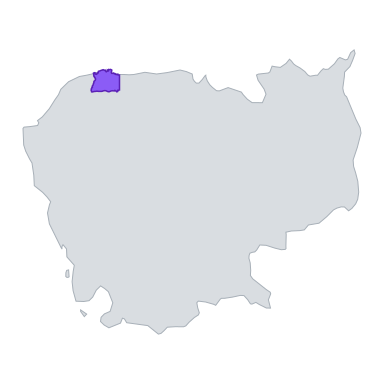 Samraong, Otdar Mean Chey, Cambodia (highlighted)
{"feature_id": "14789045B40170771357914", "entity_name": "Samraong", "entity_type": "district", "adm_level": 2, "iso_a3": "KHM", "parent_name": "Cambodia", "parent_adm1": "Otdar Mean Chey", "projection": "orthographic", "projection_center": [103.581, 14.269], "detail": "fine", "context": "in_parent", "style": "filled", "palette": "violet", "viewbox_px": 384, "rotation_deg": 0, "n_neighbors": 0, "source": "geoboundaries", "source_scale": "gbopen_adm2", "svg_char_len": 5991}
<svg xmlns="http://www.w3.org/2000/svg" viewBox="0 0 384 384"><path d="M354.1,49.9L355.1,53.5L352.6,60.4L349.9,66.6L344.6,72.1L344.4,76.2L342.8,88.1L343.5,91.9L344.8,95.1L346.6,96.8L351.4,108.4L355.8,119.0L360.1,127.6L361.0,133.1L357.4,147.1L353.1,160.0L353.6,166.4L355.6,172.8L357.8,181.3L358.7,192.2L357.7,199.3L355.7,203.8L351.9,208.4L348.6,210.8L344.5,207.0L341.2,206.9L336.9,208.1L333.5,209.9L326.7,216.7L319.0,223.2L308.4,225.0L304.3,229.9L299.9,230.6L291.4,231.0L285.9,232.2L286.2,234.6L285.9,246.0L286.0,248.6L285.2,249.4L281.3,249.7L274.8,248.1L266.1,245.3L259.8,245.0L256.7,250.0L254.8,251.9L252.4,252.3L249.9,253.2L249.1,255.4L248.9,258.2L250.2,262.9L250.7,270.4L250.4,275.5L252.7,278.8L266.2,289.5L270.2,292.2L270.7,293.8L268.4,299.8L270.5,308.1L266.3,308.0L259.3,304.5L255.9,302.4L251.9,304.1L250.4,303.8L247.7,299.7L244.0,295.6L240.3,295.4L232.5,297.1L224.6,298.3L221.5,298.3L220.3,299.1L215.7,305.3L213.7,304.3L205.6,302.0L198.3,301.1L196.8,302.7L197.7,307.8L199.3,312.8L198.4,314.9L194.4,317.5L189.1,322.2L185.8,325.9L183.5,326.8L175.4,326.7L167.3,327.2L164.0,330.7L161.0,333.4L158.4,334.1L147.8,325.6L126.7,322.7L124.4,318.9L122.4,318.2L120.5,323.1L108.9,327.8L104.1,325.0L100.5,321.5L101.1,317.3L104.4,313.9L110.1,311.4L112.8,302.8L108.4,291.7L104.6,288.5L100.6,285.9L96.3,290.1L92.7,297.1L89.0,300.7L83.7,301.5L76.0,301.2L73.1,290.7L72.1,281.7L73.2,271.4L74.3,265.3L66.9,256.9L66.5,248.9L63.0,244.7L61.9,246.8L62.0,249.1L61.0,247.4L49.4,223.9L47.5,213.0L49.5,204.6L50.7,201.8L47.3,197.3L42.6,192.3L34.3,185.7L33.8,175.3L32.0,163.0L29.5,158.8L25.7,151.2L23.7,145.0L23.0,128.4L24.1,127.1L30.0,126.6L37.6,125.5L38.8,122.8L37.5,120.6L42.3,116.9L49.3,108.7L54.7,100.1L58.5,94.7L60.8,89.3L68.6,81.7L79.4,76.5L86.6,75.2L94.2,73.5L101.5,70.9L104.9,70.7L113.9,73.7L118.8,74.5L123.9,74.5L129.2,74.8L133.9,74.5L144.9,72.3L156.6,74.0L167.1,72.6L180.0,70.0L186.4,71.6L192.2,74.0L193.0,79.1L194.4,81.3L196.3,83.1L198.9,83.1L202.2,79.6L204.9,75.9L205.8,75.2L205.9,77.0L207.3,80.9L209.8,84.8L212.3,87.3L216.5,90.7L219.3,90.9L228.1,87.6L241.4,92.1L243.0,94.5L247.3,99.2L252.0,102.6L262.4,102.7L266.0,94.2L264.1,89.1L258.1,80.3L256.5,75.0L258.3,74.1L268.3,73.0L269.9,71.9L272.1,66.1L274.8,66.7L280.3,67.4L286.1,63.4L289.5,59.2L291.4,61.0L293.6,63.9L295.8,65.6L300.1,68.0L304.8,71.5L307.7,74.9L310.0,76.2L315.9,75.2L317.5,75.3L320.9,71.0L323.3,68.7L325.3,69.4L328.3,69.2L334.4,63.8L337.9,58.9L339.8,57.5L345.4,59.9L347.6,59.3L350.7,52.6L354.1,49.9ZM69.1,276.8L68.0,277.4L66.9,277.4L65.8,276.5L65.9,272.7L66.7,270.4L68.6,269.9L69.1,276.8ZM86.7,314.1L84.3,316.6L80.6,311.4L80.6,309.9L86.7,314.1Z" fill="#d9dde1" stroke="#a8b0b8" stroke-width="1"/><path d="M119.5,75.1L119.4,75.1L119.2,75.1L118.9,75.0L118.2,75.0L117.9,74.9L117.9,74.5L117.9,74.3L117.9,74.2L117.5,74.2L117.3,74.2L116.9,74.2L116.7,74.3L116.5,74.5L116.4,74.6L116.2,74.6L116.0,74.4L115.8,74.3L115.7,74.3L115.7,74.2L115.4,73.9L115.1,73.6L114.9,73.5L114.7,73.9L114.4,73.8L114.2,73.5L113.8,73.5L113.7,73.4L113.5,73.1L113.4,73.0L113.1,73.1L112.9,73.3L112.0,73.4L111.8,73.4L111.7,73.3L111.5,73.1L111.3,72.7L111.3,72.3L111.4,72.1L111.4,71.8L111.4,71.7L111.5,71.5L111.5,71.4L111.7,71.2L111.7,70.9L111.8,70.2L111.7,69.9L111.3,69.8L111.2,69.8L111.0,69.6L110.6,69.4L110.3,69.4L110.0,69.6L109.9,69.6L109.7,69.6L109.1,69.6L108.7,69.4L108.4,69.5L108.2,69.6L108.1,69.8L107.8,69.8L107.7,69.9L107.7,70.1L107.6,70.3L107.9,70.4L108.2,70.5L108.5,70.6L108.5,70.9L108.4,71.0L108.1,71.0L107.9,71.0L107.6,71.1L107.1,71.3L106.7,71.5L106.4,71.8L106.2,71.8L106.0,71.7L105.9,71.5L105.9,71.4L105.7,71.1L105.6,70.7L105.6,70.4L105.4,70.6L105.2,70.6L104.9,70.5L104.7,70.5L104.6,70.4L104.4,70.1L104.0,70.0L103.8,70.0L103.5,69.8L103.3,70.0L103.2,70.0L103.0,69.9L102.8,69.9L102.7,70.0L102.3,69.9L102.2,70.0L101.8,70.2L101.7,70.2L100.9,70.4L100.6,70.6L100.4,70.7L100.2,70.8L99.9,70.9L99.6,71.0L99.3,71.0L98.7,71.2L98.4,71.3L98.3,71.6L98.3,71.8L98.3,72.7L98.2,72.8L98.1,73.0L97.9,73.0L97.6,72.9L97.4,72.9L97.3,73.3L97.3,73.5L97.2,73.5L96.9,73.5L96.7,73.8L96.7,74.1L96.5,74.3L96.3,74.3L95.9,74.2L95.4,74.1L95.2,73.7L95.1,73.3L95.1,73.2L94.8,73.4L94.7,73.4L94.7,73.1L94.6,72.8L94.5,72.7L94.4,72.7L94.2,72.7L94.0,72.9L93.7,73.0L93.4,73.2L93.7,74.5L93.7,75.1L93.7,75.3L93.8,75.5L93.9,75.9L94.0,76.0L93.9,76.3L94.0,76.4L94.3,76.4L94.4,76.5L94.3,76.8L94.5,77.1L94.6,77.3L94.6,77.5L94.8,77.6L95.0,77.7L95.0,77.9L95.1,78.0L95.2,78.3L95.3,78.4L95.3,78.5L95.5,78.7L95.5,78.9L95.4,79.0L95.5,79.5L95.4,79.8L95.3,80.0L95.2,80.1L95.0,80.5L94.9,80.6L94.7,80.8L94.4,80.9L94.3,81.0L94.2,81.1L94.0,81.3L94.0,81.5L93.9,81.8L93.8,82.1L93.9,82.3L93.9,82.7L93.9,82.8L93.8,83.0L93.5,83.3L93.4,83.5L93.4,83.8L93.3,84.3L93.2,84.6L93.1,84.8L93.1,85.0L92.9,85.1L92.7,85.5L92.4,85.9L92.3,86.0L92.4,86.5L92.2,86.8L92.3,87.0L92.2,87.1L92.3,87.2L92.2,87.3L92.2,87.5L91.9,87.7L91.8,87.8L91.8,88.0L91.7,88.3L91.5,88.5L91.4,88.6L91.3,88.8L91.3,89.0L91.4,89.5L91.1,89.9L91.1,90.0L91.1,90.4L91.2,90.5L91.3,90.5L91.3,90.8L91.4,91.1L91.5,91.2L91.5,91.3L91.6,91.5L91.6,91.8L92.0,92.0L92.4,91.9L93.8,91.6L94.1,91.5L94.4,91.5L94.7,91.4L95.0,91.4L95.5,91.4L95.8,91.4L96.5,91.2L96.8,91.2L97.0,91.2L97.8,91.3L98.1,91.3L98.4,91.4L98.6,91.4L99.5,91.4L99.8,91.4L100.7,91.4L100.9,91.4L101.3,91.4L101.6,91.4L102.5,91.2L103.0,91.0L103.1,90.9L103.6,90.8L103.9,90.7L104.2,90.7L104.6,90.6L105.5,90.7L105.9,90.7L106.1,90.8L106.9,91.2L107.8,91.6L108.0,91.6L108.3,91.7L108.7,91.7L109.0,91.7L109.3,91.7L109.8,91.5L110.5,91.2L110.9,91.0L111.2,90.9L111.5,90.9L112.0,90.8L112.2,90.7L112.5,90.8L113.1,90.9L113.3,90.9L113.9,90.8L114.1,90.8L114.3,90.8L114.4,90.7L114.5,90.5L114.7,90.4L114.8,90.4L114.8,90.5L115.0,90.6L115.1,90.8L115.2,90.7L115.3,90.8L115.8,90.9L116.0,91.0L116.3,91.1L116.5,91.3L116.6,91.5L116.7,91.8L116.9,91.8L116.9,91.7L117.1,91.6L117.3,91.4L117.6,91.4L117.6,91.2L117.8,91.0L117.9,90.9L117.8,90.7L117.8,90.3L118.0,90.3L118.2,90.5L118.3,90.5L118.4,90.4L118.5,90.4L118.5,90.2L118.8,90.2L119.0,90.0L119.1,89.9L119.3,89.9L119.5,89.9L119.5,81.8L119.5,75.1Z" fill="#8b5cf6" stroke="#5b21b6" stroke-width="1.5"/></svg>